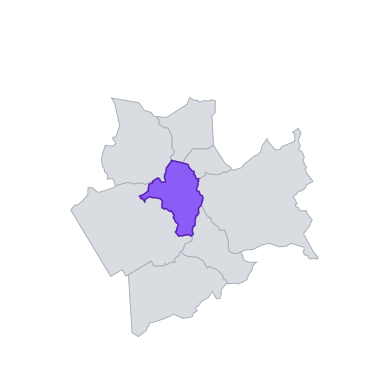 South Sudan shown with its bordering countries, rotated 239°
{"feature_id": "SSD", "entity_name": "South Sudan", "entity_type": "country or territory", "adm_level": 0, "iso_a3": "SSD", "parent_name": "Africa", "parent_adm1": "", "projection": "albers", "projection_center": [30.346, 7.857], "detail": "fine", "context": "with_neighbors", "style": "filled", "palette": "violet", "viewbox_px": 384, "rotation_deg": 239, "n_neighbors": 7, "source": "natural_earth", "source_scale": "50m", "svg_char_len": 8117}
<svg xmlns="http://www.w3.org/2000/svg" viewBox="0 0 384 384"><g transform="rotate(239 192 192)"><path d="M189.0,250.4L190.7,264.6L190.0,268.0L191.4,271.9L195.4,275.6L199.2,283.9L196.4,283.2L185.2,285.1L183.1,289.3L184.7,292.2L182.5,306.3L189.3,310.0L191.3,308.9L191.9,315.8L186.4,315.7L181.0,309.4L175.6,308.5L174.0,305.1L169.7,307.1L164.0,306.1L161.7,303.2L153.9,302.6L153.5,300.6L147.9,300.0L138.7,301.2L139.2,293.5L136.9,291.0L136.5,287.0L137.6,283.1L136.2,280.5L136.2,276.4L127.7,276.2L128.4,273.9L124.8,273.8L124.4,275.0L120.1,275.1L117.1,280.5L113.3,279.5L106.3,280.7L102.2,275.0L98.8,266.0L78.2,265.2L70.8,266.4L69.9,264.3L71.7,263.7L73.3,259.1L75.9,257.8L77.7,258.6L80.1,256.1L83.9,256.4L84.3,258.3L86.9,259.5L97.1,250.3L97.0,244.8L100.2,238.4L108.2,231.9L109.0,229.8L110.5,225.0L111.2,215.1L114.9,207.4L116.1,198.5L118.9,195.1L122.6,193.1L132.4,198.1L142.4,200.3L145.4,195.7L148.5,196.5L156.1,193.2L158.8,194.7L161.0,194.5L162.0,192.9L164.6,192.3L174.0,193.3L176.3,192.6L180.3,198.2L183.4,199.1L192.2,196.9L193.8,199.9L199.8,204.4L199.4,212.3L202.1,213.3L197.3,217.5L193.2,224.2L192.8,229.6L191.2,232.2L191.2,237.3L189.2,239.1L187.3,247.3L189.0,250.4Z" fill="#d9dde1" stroke="#a8b0b8" stroke-width="1"/><path d="M258.0,259.0L247.9,252.5L247.4,248.6L221.0,234.5L220.8,227.4L228.5,215.1L224.6,203.9L221.3,199.2L230.0,190.6L233.6,191.7L233.6,195.5L236.0,197.7L240.7,197.6L249.4,203.3L259.3,204.3L261.2,201.4L267.4,198.4L270.2,200.6L274.8,200.5L269.1,208.4L269.8,233.1L274.0,238.5L269.2,241.3L267.6,244.2L265.0,244.7L264.2,249.5L262.0,252.3L260.7,256.7L258.0,259.0Z" fill="#d9dde1" stroke="#a8b0b8" stroke-width="1"/><path d="M157.5,171.9L152.4,168.9L150.1,166.8L150.9,159.1L147.1,154.8L146.5,150.2L144.1,148.2L144.1,144.2L142.7,141.5L140.4,141.9L142.9,136.6L142.2,133.8L144.4,131.7L143.0,130.1L148.0,121.0L153.7,121.6L153.9,92.1L161.4,92.2L161.6,78.9L239.0,78.8L241.2,85.3L239.7,86.5L240.8,93.4L243.3,101.3L249.5,105.3L246.3,109.2L241.4,110.4L239.4,112.5L236.1,127.0L236.8,129.7L235.9,135.5L233.2,142.3L229.3,145.7L225.8,153.7L222.7,155.7L220.7,162.8L220.9,169.0L220.8,163.6L219.8,163.5L219.1,157.8L215.6,155.1L214.8,150.2L215.5,145.2L212.5,144.7L212.0,146.2L208.0,146.6L209.6,148.6L210.2,152.7L203.2,161.4L199.7,162.1L194.1,158.1L191.6,159.5L190.9,161.5L187.4,162.8L187.2,164.2L180.5,164.2L179.6,162.7L174.7,162.5L172.3,163.6L170.5,163.0L165.9,157.1L161.1,158.0L157.4,167.2L152.9,169.2L157.5,171.9Z" fill="#d9dde1" stroke="#a8b0b8" stroke-width="1"/><path d="M153.8,94.9L153.7,121.6L148.0,121.0L143.0,130.1L144.4,131.7L142.2,133.8L142.9,136.6L140.4,141.9L142.7,141.5L144.1,144.2L144.1,148.2L146.5,150.2L146.4,151.9L142.1,152.9L138.7,155.6L133.6,163.0L127.2,166.0L118.8,166.0L119.4,168.4L112.9,173.3L104.4,175.6L101.6,173.8L100.3,175.5L94.7,175.9L95.8,174.1L93.0,166.4L90.1,165.1L86.3,161.0L87.9,157.9L96.6,158.4L93.2,152.1L93.3,143.1L90.8,138.6L91.6,135.4L87.3,135.1L87.5,130.8L84.9,128.1L88.1,119.3L96.7,113.3L97.4,104.5L100.4,91.0L101.9,88.2L99.3,85.8L99.3,83.7L96.9,81.9L95.7,71.6L102.4,68.2L153.8,94.9Z" fill="#d9dde1" stroke="#a8b0b8" stroke-width="1"/><path d="M176.3,192.6L174.0,193.3L164.6,192.3L158.8,194.7L156.1,193.2L148.5,196.5L145.4,195.7L142.4,200.3L132.4,198.1L122.6,193.1L118.9,195.1L116.1,198.5L115.4,203.3L106.4,201.5L102.2,205.0L98.5,211.2L97.6,206.1L94.6,203.8L91.7,197.7L88.6,194.0L88.7,189.1L89.4,183.8L91.1,182.7L94.7,175.9L100.3,175.5L101.6,173.8L104.4,175.6L112.9,173.3L119.4,168.4L118.8,166.0L127.2,166.0L133.6,163.0L138.7,155.6L142.1,152.9L146.4,151.9L147.1,154.8L150.9,159.1L150.1,166.8L161.1,174.7L161.2,176.9L168.5,183.5L170.1,187.6L175.2,190.4L176.3,192.6Z" fill="#d9dde1" stroke="#a8b0b8" stroke-width="1"/><path d="M314.1,171.3L295.7,192.5L286.9,193.1L281.0,198.1L276.6,198.3L274.8,200.5L270.2,200.6L267.4,198.4L261.2,201.4L259.3,204.3L249.4,203.3L240.7,197.6L236.0,197.7L233.6,195.5L233.6,191.7L230.0,190.6L226.0,183.2L222.9,181.6L221.6,178.9L218.2,175.6L214.0,175.2L216.3,171.3L219.9,171.1L222.7,155.7L225.8,153.7L229.3,145.7L233.2,142.3L236.8,129.7L244.6,131.0L246.6,125.9L250.7,128.9L254.5,127.2L256.2,128.6L260.7,128.6L266.6,131.2L271.3,135.6L276.5,141.6L272.1,147.9L272.8,151.9L278.2,151.4L279.7,152.5L278.3,155.0L286.1,164.2L308.4,171.6L314.1,171.3Z" fill="#d9dde1" stroke="#a8b0b8" stroke-width="1"/><path d="M221.0,234.5L199.4,235.1L192.8,238.0L191.2,237.3L191.2,232.2L192.8,229.6L193.2,224.2L197.3,217.5L202.1,213.3L199.4,212.3L199.8,204.4L202.6,202.5L206.9,204.0L212.4,202.4L217.2,202.4L221.3,199.2L224.6,203.9L228.5,215.1L220.8,227.4L221.0,234.5Z" fill="#d9dde1" stroke="#a8b0b8" stroke-width="1"/><path d="M221.2,199.4L219.6,201.0L218.4,202.2L218.2,202.4L217.9,202.6L216.7,202.6L215.6,202.5L214.5,201.8L213.4,202.4L212.7,202.5L212.3,202.6L211.4,202.7L210.0,203.0L209.4,203.4L209.1,203.7L208.8,204.2L208.6,204.3L208.4,204.2L208.0,204.0L207.3,203.7L207.0,203.0L206.6,202.6L206.3,202.4L205.2,203.1L204.6,203.2L204.2,203.2L203.3,202.8L202.4,202.5L201.9,202.5L201.2,202.9L200.4,203.5L200.0,204.1L199.8,204.5L199.7,204.2L199.5,203.9L199.2,203.6L198.9,203.5L198.5,203.5L198.1,203.6L197.9,203.4L197.9,202.9L197.7,202.5L197.6,202.2L197.0,201.8L195.4,201.2L194.2,199.8L193.6,199.2L193.2,198.8L192.6,197.8L191.9,197.0L191.0,196.7L190.5,196.9L189.9,197.6L188.8,198.4L188.3,198.4L187.7,198.0L186.9,197.7L185.4,197.6L184.8,197.9L184.1,198.5L183.4,198.8L183.0,198.8L182.6,198.7L182.2,198.6L181.8,198.6L181.0,198.1L180.6,197.7L180.4,197.4L179.9,197.1L179.4,196.9L179.1,196.6L178.9,196.2L178.6,195.7L178.2,195.2L177.0,194.4L176.7,193.9L176.5,193.4L176.0,192.9L175.5,192.2L175.3,191.1L175.3,190.3L175.2,189.9L175.0,189.5L174.7,189.2L174.3,188.8L173.4,188.3L172.4,187.7L171.9,187.3L171.0,187.2L170.5,186.8L170.0,186.0L169.9,185.4L169.4,184.9L169.2,184.6L169.1,184.2L169.5,182.9L169.0,182.5L168.2,181.9L167.6,181.3L167.3,180.7L166.3,180.0L164.2,178.8L162.9,178.1L162.2,177.4L161.6,176.8L161.6,176.6L162.0,175.9L162.0,175.4L161.7,174.8L160.4,173.8L159.4,172.6L158.6,172.2L156.7,171.8L156.2,171.7L155.6,171.5L155.1,170.9L154.9,170.3L155.2,169.3L155.0,169.0L154.7,168.9L154.8,168.7L155.2,168.2L155.7,167.9L157.3,167.4L157.4,167.2L157.4,166.6L157.6,166.3L158.1,165.4L158.2,165.1L158.2,164.4L158.3,164.0L158.5,163.8L158.9,163.3L159.1,163.1L159.1,162.5L159.1,161.4L159.3,160.9L160.3,159.9L160.6,159.5L160.7,159.1L160.7,158.7L160.7,158.3L161.0,157.9L161.3,157.7L162.0,157.6L162.5,157.7L166.0,157.1L166.4,157.2L166.5,157.6L166.5,158.2L166.6,158.6L166.7,158.8L167.3,159.1L167.7,159.6L167.9,159.8L168.4,160.2L170.9,163.2L171.7,163.5L172.4,163.4L173.8,162.8L174.5,162.6L179.3,162.9L179.9,162.8L180.7,164.3L181.0,164.6L186.4,164.7L186.3,164.2L186.3,163.8L186.9,163.2L187.3,162.8L187.4,162.7L188.2,162.3L189.0,162.0L190.6,161.7L191.2,161.1L191.5,160.6L191.5,159.6L192.1,159.3L193.8,158.4L194.1,158.2L197.3,160.2L199.1,161.8L199.3,162.0L199.4,161.9L199.5,161.8L200.4,161.7L201.9,161.6L202.3,161.5L205.2,158.6L206.0,157.6L206.6,156.8L207.0,155.7L210.2,152.8L210.3,152.6L209.9,151.6L209.8,151.1L209.8,150.4L209.8,149.3L209.8,148.6L209.8,148.4L209.7,148.4L208.0,146.4L212.4,146.3L212.4,146.2L212.3,145.8L212.3,145.5L212.3,145.4L212.3,145.1L212.3,144.9L215.5,144.9L215.5,145.5L215.1,146.8L215.1,147.6L215.0,148.5L214.9,148.8L214.7,149.0L215.4,154.2L215.4,154.4L215.2,154.8L215.2,155.0L216.6,155.5L216.8,155.6L217.3,156.3L220.2,158.6L220.3,158.8L220.6,159.5L220.7,159.8L220.6,160.4L220.6,160.6L220.7,160.9L220.7,161.0L220.3,161.9L220.1,162.5L220.1,163.1L220.1,163.4L220.2,163.6L220.3,163.7L221.5,163.7L221.5,163.9L221.6,165.3L221.6,166.5L221.7,168.5L221.7,169.0L221.7,169.7L221.5,169.9L221.2,170.3L220.8,170.6L219.6,170.7L218.7,170.7L218.0,170.6L217.1,170.6L216.2,170.7L215.9,171.0L215.4,172.0L214.8,173.4L214.4,174.0L214.3,174.4L214.5,174.6L214.9,174.9L215.9,175.3L217.0,175.6L217.8,175.7L218.4,175.8L218.9,175.9L220.5,177.0L221.0,177.5L221.3,178.0L221.3,178.4L221.6,178.9L222.5,179.9L223.0,180.4L224.4,181.1L225.0,181.9L225.5,182.3L226.0,182.7L226.2,183.4L226.9,185.2L227.3,186.1L227.7,186.9L227.9,188.2L228.2,188.8L228.6,189.5L229.1,190.1L229.7,190.5L229.8,190.7L228.6,191.9L227.2,193.3L225.6,194.9L223.9,196.7L222.5,198.1L221.2,199.4Z" fill="#8b5cf6" stroke="#5b21b6" stroke-width="1.5"/></g></svg>